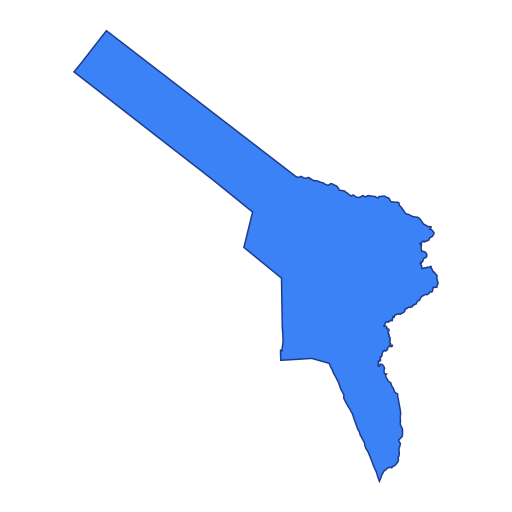 outline of Faasaleleaga I, Fa'asaleleaga, Samoa
{"feature_id": "51752279B74784353910283", "entity_name": "Faasaleleaga I", "entity_type": "district", "adm_level": 2, "iso_a3": "WSM", "parent_name": "Samoa", "parent_adm1": "Fa'asaleleaga", "projection": "natural_earth1", "projection_center": [-172.223, -13.71], "detail": "fine", "context": "isolated", "style": "filled", "palette": "blue", "viewbox_px": 512, "rotation_deg": 0, "n_neighbors": 0, "source": "geoboundaries", "source_scale": "gbopen_adm2", "svg_char_len": 5307}
<svg xmlns="http://www.w3.org/2000/svg" viewBox="0 0 512 512"><path d="M431.1,226.8L427.7,226.4L424.4,224.4L424.0,224.4L423.2,223.7L422.2,222.1L419.6,218.5L418.0,217.4L417.0,217.2L413.7,216.8L411.1,215.8L408.8,214.5L406.2,213.8L405.3,213.2L404.1,211.3L402.7,209.4L401.2,207.1L399.5,205.6L399.1,204.8L399.1,203.2L398.6,202.6L397.9,202.3L395.5,202.2L392.9,201.9L391.2,201.8L390.8,201.5L388.8,198.0L386.4,197.3L384.6,196.1L379.0,196.5L377.9,198.0L377.1,197.8L374.8,196.4L372.5,196.3L368.8,195.6L367.1,195.8L366.6,196.5L364.9,196.9L363.0,195.5L359.8,197.2L358.6,197.5L356.9,197.3L355.7,196.7L353.3,195.0L352.4,195.2L351.6,196.0L351.1,196.0L348.9,194.5L347.4,193.1L345.9,192.3L344.5,191.0L341.0,190.4L339.4,190.2L338.8,189.2L338.1,187.7L336.8,186.3L335.8,185.6L334.7,185.1L333.8,185.1L333.0,184.2L331.3,183.6L330.3,183.9L328.5,185.2L327.1,185.1L324.9,184.1L323.2,182.9L321.4,182.5L319.2,181.7L317.8,181.1L316.4,180.7L314.3,180.7L312.9,180.3L311.3,179.1L310.5,179.1L309.6,177.9L308.2,177.4L307.3,178.1L303.7,178.1L302.1,176.8L300.6,176.4L299.5,177.2L297.4,177.2L295.7,176.4L106.4,30.7L99.8,39.2L91.6,49.7L82.0,62.1L74.0,71.9L113.9,102.9L126.5,112.7L155.9,135.6L190.0,162.1L200.0,169.8L213.3,180.2L252.6,212.0L243.9,247.4L281.5,278.1L282.3,328.1L282.8,333.6L283.1,341.7L282.0,349.7L282.0,350.8L280.6,350.2L280.5,352.3L280.8,360.3L289.2,359.8L300.9,359.1L311.8,358.4L329.3,363.4L329.6,364.5L331.0,367.7L332.5,370.1L332.7,371.4L334.1,374.2L336.1,377.6L336.7,379.0L338.6,382.7L339.3,384.8L340.5,388.4L341.5,390.4L343.6,394.4L343.9,395.7L343.7,397.2L344.0,398.8L346.4,403.5L347.2,404.7L347.9,406.2L348.8,407.4L350.5,410.2L350.9,411.2L352.5,414.0L354.3,419.7L355.2,421.9L355.5,422.9L357.8,429.3L359.3,431.8L360.2,435.0L360.6,435.9L361.3,436.8L362.4,439.1L364.4,442.6L364.7,444.2L364.8,445.3L365.5,447.4L365.9,448.4L367.6,451.1L368.4,452.7L370.6,458.1L371.0,459.2L372.4,462.6L372.7,463.7L374.1,467.2L375.3,469.7L376.2,471.7L377.2,474.6L377.5,476.1L379.4,481.3L380.4,479.0L381.9,474.7L383.0,472.9L383.6,471.6L385.0,470.1L386.0,469.8L386.7,468.9L387.6,468.1L388.7,467.6L389.9,467.5L390.8,467.1L391.8,467.8L392.4,466.9L393.3,466.3L395.8,464.7L396.4,463.4L397.1,462.9L397.9,461.7L398.4,460.4L398.4,458.9L397.9,457.2L398.6,456.8L399.1,455.5L399.3,453.4L399.1,450.9L398.8,449.0L399.5,447.3L400.4,443.6L398.5,440.2L400.6,438.2L402.3,436.3L402.6,432.2L402.4,428.8L400.2,424.2L400.5,421.5L400.2,416.8L400.7,413.4L400.1,409.1L398.3,399.3L397.7,396.5L397.6,393.9L395.5,392.8L394.5,391.8L393.9,389.6L393.0,387.9L391.8,386.1L390.6,382.6L388.8,381.7L388.0,380.6L387.3,379.2L386.4,378.1L385.8,376.4L385.6,375.1L386.5,374.0L385.7,374.0L384.5,373.7L384.2,372.3L384.0,370.7L384.1,369.6L384.6,368.3L383.8,366.4L382.8,365.1L381.5,364.2L380.3,364.3L380.0,365.1L379.1,366.4L378.1,365.8L378.2,365.0L378.7,363.2L378.4,362.0L378.0,361.4L379.2,361.0L379.7,361.1L380.5,360.7L380.7,359.9L380.0,359.2L380.5,356.7L381.2,356.9L381.9,355.7L382.1,355.0L382.0,353.8L382.7,352.3L383.4,351.2L384.0,351.1L384.6,350.2L385.5,351.0L386.5,350.6L387.7,349.1L387.3,348.1L387.9,347.2L389.0,346.7L389.3,346.0L390.0,345.7L390.7,346.4L391.0,346.0L391.8,346.6L392.5,345.4L392.2,345.2L391.4,345.5L390.2,344.4L390.6,343.3L389.4,342.2L389.4,341.8L390.2,340.8L390.1,339.0L389.8,338.4L390.0,337.4L389.3,336.8L388.7,336.0L389.2,335.3L389.0,334.2L388.0,333.3L388.0,332.7L388.5,331.9L388.4,331.3L389.0,330.7L388.8,329.3L388.4,329.0L387.6,329.3L386.6,328.6L387.0,327.8L386.8,327.3L386.0,326.3L385.5,326.2L384.8,325.4L384.0,326.1L383.8,325.7L384.8,324.5L385.4,322.8L385.9,322.0L386.7,321.9L387.2,322.2L387.6,321.7L388.4,321.5L388.8,321.9L389.2,321.4L390.1,321.0L391.2,320.1L392.0,320.8L392.4,320.3L392.7,317.2L393.4,316.7L394.1,317.3L394.4,316.7L394.5,315.4L395.6,314.7L396.1,314.8L397.3,313.7L397.9,313.8L398.5,314.3L399.4,313.9L400.2,314.3L401.6,313.4L402.3,313.2L403.9,312.2L404.6,311.5L405.0,310.4L404.8,309.5L406.0,309.0L406.5,308.2L407.2,308.3L408.4,307.3L409.3,307.2L410.1,307.5L410.9,306.9L411.6,307.0L412.5,306.6L412.7,305.8L413.4,304.7L414.4,304.9L414.8,304.3L416.2,303.9L416.6,303.2L416.7,302.3L417.2,301.4L418.8,300.6L419.6,300.0L420.6,297.9L421.0,297.2L422.1,296.3L424.9,294.6L425.6,294.6L426.5,294.3L426.8,294.7L428.0,294.2L428.8,293.6L429.9,292.2L430.4,291.8L431.7,292.0L432.3,291.5L433.0,288.9L433.0,287.7L433.4,287.3L435.3,287.4L436.2,287.1L436.8,287.3L437.1,285.6L437.8,284.2L438.0,283.4L438.0,282.4L437.5,281.2L437.3,280.1L436.7,277.8L437.0,276.9L437.0,275.5L436.4,274.7L435.1,273.6L434.5,272.4L433.6,271.7L433.1,271.8L432.2,269.6L431.4,268.1L431.1,266.5L430.4,266.4L429.7,267.1L429.2,267.3L427.2,267.1L426.5,268.0L424.2,267.8L423.6,268.2L422.1,268.5L421.7,267.7L421.8,266.2L421.2,265.2L420.6,264.5L420.3,263.7L421.0,263.7L421.3,263.3L421.4,262.4L421.1,262.1L422.5,261.8L423.0,260.8L423.3,258.9L424.4,258.1L425.9,257.6L426.6,256.6L426.9,255.5L426.7,254.5L426.4,253.5L425.2,252.1L424.4,251.7L423.5,251.6L422.2,251.0L421.6,251.3L421.7,250.6L421.4,249.9L421.2,249.1L421.1,246.6L421.5,245.8L421.2,244.9L420.1,244.3L420.4,243.0L421.4,243.4L421.5,242.5L421.8,242.2L422.9,241.1L424.0,242.0L424.6,242.0L425.2,241.1L425.8,240.9L426.2,241.2L428.8,240.0L429.3,238.8L429.8,237.8L431.4,236.8L431.7,236.9L432.6,236.1L433.5,234.6L434.0,233.3L434.0,232.8L432.8,231.0L431.0,229.3L429.8,229.1L430.7,228.1L431.1,226.8Z" fill="#3b82f6" stroke="#1e3a8a" stroke-width="1.5"/></svg>